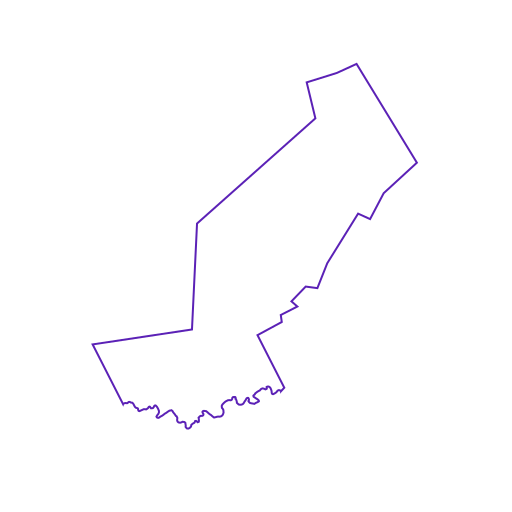 the district of Ulang, Upper Nile, South Sudan, rotated 63°
{"feature_id": "79223893B95619836669451", "entity_name": "Ulang", "entity_type": "district", "adm_level": 2, "iso_a3": "SSD", "parent_name": "South Sudan", "parent_adm1": "Upper Nile", "projection": "albers", "projection_center": [33.135, 8.552], "detail": "fine", "context": "isolated", "style": "outline", "palette": "violet", "viewbox_px": 512, "rotation_deg": 63, "n_neighbors": 0, "source": "geoboundaries", "source_scale": "gbopen_adm2", "svg_char_len": 3343}
<svg xmlns="http://www.w3.org/2000/svg" viewBox="0 0 512 512"><g transform="rotate(63 256 256)"><path d="M327.6,441.7L327.4,441.5L327.5,439.8L327.8,438.9L328.6,437.8L328.7,437.2L328.4,436.4L328.3,435.5L328.7,434.7L329.8,434.0L330.5,432.9L331.6,432.5L332.4,432.4L334.2,432.4L335.3,432.4L336.7,431.9L337.6,430.9L338.1,430.5L338.8,430.5L339.3,430.8L340.1,430.9L340.7,430.9L341.3,430.3L341.4,429.2L341.4,428.3L341.5,426.6L341.5,425.7L341.8,425.0L342.2,424.3L342.8,423.6L342.8,423.0L342.5,421.3L341.8,420.1L341.8,419.3L342.2,418.9L343.1,418.8L344.0,418.7L344.4,417.9L344.7,416.9L344.3,415.8L343.6,415.1L343.4,414.4L343.3,413.8L343.6,413.3L344.4,413.0L345.5,412.7L347.5,412.6L349.9,412.8L351.2,413.4L352.3,414.6L353.1,416.4L353.9,417.6L354.7,417.6L355.3,417.3L356.0,416.2L355.9,415.2L355.7,414.3L355.7,412.5L355.5,410.7L355.1,409.0L355.0,407.0L354.7,405.4L354.5,403.3L354.9,402.1L355.0,401.4L356.1,400.8L357.3,400.8L358.9,400.5L360.1,400.2L362.1,400.0L362.8,399.5L364.6,399.6L365.9,400.5L367.0,401.0L368.1,401.0L369.1,400.6L369.5,400.1L370.1,399.3L370.4,397.8L370.3,396.8L370.9,395.9L371.5,395.1L372.6,394.7L373.4,395.0L375.2,395.6L376.3,396.3L377.4,396.1L378.2,395.9L378.6,395.4L379.1,394.5L379.1,393.3L378.8,392.2L378.5,391.4L377.8,390.8L377.1,390.3L376.7,388.7L376.6,387.7L376.6,386.6L376.2,386.0L375.4,385.1L375.7,384.3L376.4,383.8L377.6,383.5L377.7,383.0L377.7,382.2L376.8,381.6L375.2,380.9L374.0,380.6L373.4,379.0L373.3,377.9L374.0,376.5L374.0,375.4L373.4,374.9L373.1,374.6L372.1,374.6L371.2,374.7L370.6,374.5L370.2,373.9L370.2,373.1L370.4,372.6L371.2,371.5L371.7,370.8L373.1,370.2L374.7,369.6L376.1,369.0L377.2,368.3L378.3,367.9L379.7,367.3L380.9,366.7L381.0,366.1L381.3,365.1L381.6,363.4L382.1,362.3L382.7,361.2L383.0,359.8L382.7,358.3L382.0,357.2L380.8,356.0L379.6,355.5L378.4,355.0L377.5,355.0L376.9,355.0L376.2,355.3L375.7,355.2L374.9,355.0L373.8,354.4L373.1,353.4L372.4,351.5L371.9,349.6L371.8,348.8L371.8,347.6L371.8,346.4L372.4,345.0L373.1,344.0L373.1,343.0L372.6,342.2L371.5,341.3L371.3,340.5L371.7,339.4L372.3,338.5L373.0,338.5L373.4,338.9L373.8,339.1L374.0,338.9L374.4,338.8L375.8,339.0L376.9,339.2L378.2,339.7L379.5,339.2L380.5,338.8L380.9,338.3L381.4,337.5L381.9,336.2L381.9,334.8L381.4,333.6L380.4,332.1L379.9,331.0L378.6,329.1L378.5,328.3L378.7,327.6L379.0,327.3L380.3,327.3L381.0,327.6L381.5,328.1L381.8,328.6L382.3,328.6L383.3,328.4L384.3,328.0L385.3,326.8L386.4,325.3L387.0,324.6L386.8,322.9L386.9,321.6L386.9,320.2L386.8,319.4L386.4,319.2L385.8,319.2L384.4,319.7L383.1,320.5L381.6,321.3L380.4,322.0L379.6,321.9L379.2,321.7L378.9,320.7L378.8,320.0L378.1,319.1L377.9,318.0L377.6,316.6L377.5,315.1L377.5,313.5L376.9,312.2L376.8,311.3L377.0,310.1L378.2,308.8L379.1,308.2L379.2,307.4L379.1,306.6L378.4,306.4L377.5,306.0L377.5,305.3L377.8,304.4L378.3,303.8L379.7,303.1L380.9,303.1L382.0,303.2L383.3,303.4L384.5,303.9L385.5,304.2L386.0,304.2L386.5,304.0L386.9,303.4L386.9,302.4L386.9,301.7L386.8,300.6L386.6,299.7L386.2,298.7L385.8,298.0L385.8,297.2L385.9,296.4L386.4,295.9L387.0,295.5L387.2,294.7L387.4,294.5L387.7,294.7L386.2,290.6L327.2,290.6L326.5,263.0L319.8,260.7L319.8,242.1L312.5,245.0L305.8,225.6L312.5,215.9L294.8,195.8L264.6,145.8L274.9,137.6L258.0,113.7L245.9,70.3L130.5,79.2L129.6,100.9L124.3,132.0L160.3,140.6L200.3,293.8L292.4,346.4L260.6,441.7L327.6,441.7Z" fill="none" stroke="#5b21b6" stroke-width="2"/></g></svg>